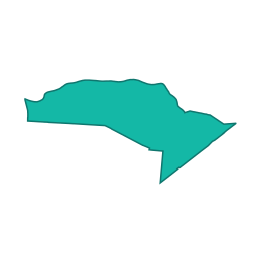 outline of Ozolnieku pag., Ozolnieku, Latvia, rotated 9°
{"feature_id": "27541924B82010930676702", "entity_name": "Ozolnieku pag.", "entity_type": "district", "adm_level": 2, "iso_a3": "LVA", "parent_name": "Latvia", "parent_adm1": "Ozolnieku", "projection": "robinson", "projection_center": [23.771, 56.688], "detail": "fine", "context": "isolated", "style": "filled", "palette": "teal", "viewbox_px": 256, "rotation_deg": 9, "n_neighbors": 0, "source": "geoboundaries", "source_scale": "gbopen_adm2", "svg_char_len": 2829}
<svg xmlns="http://www.w3.org/2000/svg" viewBox="0 0 256 256"><g transform="rotate(9 128 128)"><path d="M21.8,115.4L21.8,115.8L21.8,116.2L26.0,125.9L26.3,126.8L26.5,127.9L26.7,128.9L26.8,129.1L27.4,133.1L27.3,133.3L27.8,136.8L32.0,136.4L32.8,136.3L38.2,135.8L38.3,135.8L43.0,135.3L43.3,135.3L43.5,135.3L47.9,134.8L48.4,134.9L69.1,132.7L73.5,132.3L73.8,132.2L89.6,130.7L104.9,129.2L106.0,129.5L107.0,129.8L108.0,130.1L109.1,130.4L110.3,130.8L111.5,131.2L111.9,131.5L122.9,135.2L145.3,142.8L145.7,142.8L147.7,143.3L148.2,143.4L149.8,143.8L150.2,143.9L152.0,144.4L152.4,144.5L152.2,146.2L154.7,146.1L166.1,145.3L168.4,177.2L183.4,161.2L182.9,161.0L182.5,160.5L184.2,158.8L184.6,159.1L185.6,158.5L185.8,158.6L203.5,139.7L210.1,132.8L212.2,129.8L213.0,128.7L213.7,127.7L214.5,127.4L215.0,126.8L215.5,126.6L216.6,125.4L217.4,124.6L218.1,123.9L218.6,123.3L223.3,118.3L223.1,118.2L224.1,117.1L225.1,116.0L225.4,115.5L225.6,115.3L226.7,114.1L228.0,112.8L228.9,111.9L229.3,111.4L229.8,110.9L230.3,110.4L230.7,109.9L231.2,109.4L231.7,108.9L232.2,108.4L232.7,107.9L233.8,106.7L234.2,106.4L226.9,108.1L223.4,108.9L222.0,109.2L207.1,102.3L205.4,102.4L203.5,102.1L202.8,102.0L202.3,102.2L199.3,102.0L198.2,101.9L197.2,101.9L196.4,101.9L195.2,101.9L194.7,101.8L193.4,101.8L191.9,101.7L190.3,101.7L186.7,101.5L186.0,101.8L185.0,102.4L184.0,102.8L183.8,103.0L182.4,103.6L181.8,104.0L181.2,103.1L179.8,101.9L178.5,101.1L176.5,100.2L175.2,99.5L173.8,98.7L173.1,97.3L172.5,95.4L172.0,94.2L171.0,92.3L170.0,91.4L168.7,90.4L166.5,89.2L165.4,88.7L164.3,88.2L163.7,87.7L163.0,86.9L162.6,86.2L162.2,85.7L161.5,85.0L160.8,84.4L160.3,83.6L159.5,82.9L158.9,82.1L158.5,81.6L157.9,80.9L156.4,79.5L155.2,78.9L153.9,78.8L152.9,79.0L152.7,79.1L151.1,79.6L149.5,80.1L148.0,80.7L146.5,81.1L145.3,81.3L144.1,81.5L143.1,81.5L141.4,81.5L139.9,81.4L136.8,80.8L135.2,80.5L134.0,80.2L132.5,79.8L131.1,79.4L129.6,79.3L128.0,79.2L126.0,79.2L124.7,79.5L122.4,79.9L121.5,80.3L120.9,80.5L120.6,80.6L120.3,80.7L119.3,81.1L117.4,82.1L116.3,82.6L115.1,83.0L113.8,83.4L112.0,83.8L111.0,84.0L109.8,84.0L108.3,84.1L107.2,84.1L106.0,84.2L104.2,84.2L103.3,84.3L101.9,84.6L99.5,85.0L97.5,85.4L96.0,85.7L94.5,85.9L93.1,86.0L91.2,86.1L88.9,86.2L86.9,86.4L82.2,86.8L78.3,87.4L76.9,87.8L75.6,88.2L74.5,88.7L72.4,89.6L69.9,90.9L69.2,91.2L68.4,91.5L67.4,91.9L66.3,92.2L65.1,92.5L64.5,92.6L63.7,92.9L62.8,93.1L62.0,93.4L61.2,93.7L60.2,94.2L59.3,94.9L58.6,95.5L58.0,96.2L56.9,97.3L56.4,97.7L56.2,97.9L55.6,98.6L54.2,99.9L53.9,100.1L50.9,101.8L49.4,102.6L48.4,103.0L47.0,103.5L45.5,104.1L43.3,105.0L42.3,105.6L41.3,106.5L40.6,107.3L40.4,107.8L40.2,108.4L40.2,110.2L39.7,112.1L39.4,112.6L38.6,113.6L37.6,114.3L36.7,115.0L35.8,115.5L34.8,116.0L33.9,116.4L31.6,116.7L30.4,116.7L28.4,116.6L27.3,116.5L25.2,116.2L22.6,115.6L21.8,115.4Z" fill="#14b8a6" stroke="#0f766e" stroke-width="1.5"/></g></svg>